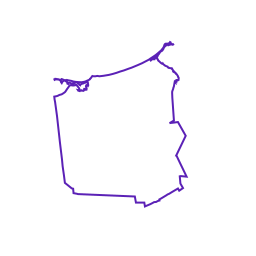 the district of Empalme, Sonora, Mexico, rotated 148°
{"feature_id": "50627088B92525339863236", "entity_name": "Empalme", "entity_type": "district", "adm_level": 2, "iso_a3": "MEX", "parent_name": "Mexico", "parent_adm1": "Sonora", "projection": "orthographic", "projection_center": [-110.763, 28.004], "detail": "fine", "context": "isolated", "style": "outline", "palette": "violet", "viewbox_px": 256, "rotation_deg": 148, "n_neighbors": 0, "source": "geoboundaries", "source_scale": "gbopen_adm2", "svg_char_len": 5438}
<svg xmlns="http://www.w3.org/2000/svg" viewBox="0 0 256 256"><g transform="rotate(148 128 128)"><path d="M173.9,193.7L175.1,191.2L176.1,188.6L181.8,175.9L193.2,152.2L200.6,136.4L202.6,132.4L203.7,130.2L207.5,121.6L210.6,114.9L207.7,106.6L206.7,105.6L208.7,101.6L206.5,99.6L205.8,98.9L205.5,98.5L158.5,66.3L160.1,62.3L160.3,61.8L160.8,60.5L153.7,56.1L155.2,52.5L153.2,52.2L149.5,51.6L147.2,51.4L145.1,51.3L143.4,50.4L141.4,50.3L139.7,49.8L139.3,50.8L137.3,50.7L130.8,50.6L129.8,50.7L127.9,50.4L125.4,50.4L120.9,50.3L117.9,50.2L117.7,50.2L117.8,47.7L113.2,47.9L113.0,53.1L109.7,59.6L108.8,59.3L104.1,55.7L103.1,64.6L102.6,69.3L101.5,78.9L101.7,79.1L83.2,90.8L82.5,106.6L86.3,108.3L89.2,109.7L90.2,110.1L85.1,110.0L74.3,130.3L71.9,134.5L71.1,135.6L68.8,137.4L68.4,137.9L67.1,138.9L64.0,142.3L63.9,142.2L63.8,141.9L63.7,142.3L63.4,142.9L62.5,143.0L62.4,143.2L62.4,142.6L62.3,142.4L62.2,142.0L61.5,143.0L60.9,142.6L61.1,142.3L60.8,142.1L60.5,142.4L59.7,142.0L58.9,143.0L58.6,143.4L58.5,143.7L58.4,143.9L58.5,144.3L58.4,144.9L58.4,145.0L58.2,145.2L58.2,145.3L58.2,147.8L58.4,148.2L58.6,148.5L58.4,148.8L58.4,149.2L58.6,149.8L58.7,150.2L58.8,150.6L59.0,150.6L58.9,151.4L59.1,152.0L59.4,152.1L59.6,152.0L59.6,151.8L59.5,151.7L59.5,151.3L59.7,151.5L59.7,151.8L59.7,152.1L59.4,152.2L59.4,152.4L59.2,153.2L59.5,154.9L59.4,155.0L59.1,155.1L59.1,155.3L59.2,155.5L59.5,155.6L59.9,155.9L60.1,156.1L60.5,156.4L60.8,156.7L61.2,157.2L61.3,157.3L61.5,157.3L61.8,157.7L62.0,158.2L62.0,158.8L61.9,159.0L62.1,159.3L63.1,160.6L63.6,161.4L63.6,161.6L63.8,161.9L63.8,162.2L64.0,162.6L64.2,163.2L64.3,163.5L64.3,164.2L64.5,164.1L64.9,164.3L65.2,164.7L65.4,165.3L65.5,165.4L65.6,165.7L65.7,166.1L65.9,166.7L66.0,167.2L66.1,167.5L66.2,168.2L66.5,168.6L66.5,169.2L66.6,169.3L66.6,169.6L66.3,170.4L66.5,170.9L66.5,171.3L66.8,172.0L66.8,172.4L66.7,172.6L67.0,172.5L67.3,172.9L67.3,173.1L67.9,173.6L68.0,173.4L68.4,172.8L68.3,172.1L68.2,171.9L68.7,172.3L68.8,172.3L68.5,172.0L68.8,172.1L70.5,173.1L71.0,173.4L71.9,173.4L72.3,173.3L72.5,173.3L72.9,173.2L73.0,174.1L72.9,174.2L72.9,174.3L72.2,174.5L72.1,174.4L71.7,174.5L71.1,174.4L70.9,174.1L70.1,174.2L69.6,174.4L69.1,174.5L68.0,174.6L67.9,174.7L67.5,174.6L66.2,174.7L65.8,174.5L65.8,174.4L65.6,174.3L65.6,174.2L65.4,174.0L65.5,173.9L65.5,174.0L65.6,173.9L65.6,173.7L65.6,173.4L65.7,173.1L65.9,173.0L65.8,172.9L65.6,172.8L64.8,173.3L64.2,173.8L63.2,174.2L62.8,174.3L60.2,175.5L59.6,175.7L59.0,175.4L57.9,175.5L56.9,175.9L55.9,176.4L55.8,176.5L55.6,176.8L55.2,177.0L53.9,177.5L53.4,177.7L52.6,177.7L50.5,178.1L50.2,178.1L49.7,177.9L49.4,177.7L49.5,177.6L49.3,177.4L49.1,177.2L48.9,177.1L48.6,176.9L48.4,176.9L48.0,176.4L48.1,176.5L48.8,176.7L49.1,176.7L49.8,176.9L49.8,177.0L50.0,177.0L50.0,177.3L50.1,177.1L49.9,176.8L48.5,176.5L48.0,176.3L47.0,176.2L46.7,176.1L46.3,175.7L46.3,175.4L46.0,175.4L45.8,174.9L45.4,174.9L45.4,175.0L45.7,175.0L45.9,175.4L46.1,175.5L46.3,176.1L46.5,176.2L46.9,176.2L47.1,176.6L47.2,177.0L47.1,177.4L46.9,177.6L46.7,177.7L46.5,178.0L46.8,178.6L47.0,178.5L47.2,178.3L47.2,178.1L47.3,178.0L49.3,178.4L49.6,178.5L51.3,179.5L51.7,179.6L52.0,179.6L52.4,179.5L52.9,179.3L54.6,177.9L55.7,177.3L58.8,176.2L63.5,175.5L65.8,175.2L68.3,175.1L72.5,175.0L74.1,174.9L81.8,175.5L86.6,176.2L93.2,177.3L95.7,177.9L101.0,179.0L104.6,180.0L108.6,180.9L112.2,181.9L115.9,183.1L121.2,185.3L124.8,187.0L126.4,188.4L128.6,189.3L129.5,190.0L130.4,190.5L130.6,190.9L131.2,190.9L131.5,190.7L133.3,189.9L134.1,189.9L134.3,189.6L134.5,189.5L135.7,189.5L137.6,189.8L138.2,189.9L139.4,190.0L141.2,190.6L143.3,191.5L145.6,193.1L148.0,194.9L149.6,196.3L151.1,198.0L153.7,200.4L154.4,201.2L155.0,201.2L155.7,201.8L156.6,202.3L157.6,203.7L158.0,204.3L158.4,204.7L158.8,204.6L159.0,204.5L159.4,204.5L159.7,204.6L160.1,204.9L160.4,205.2L160.8,205.7L161.3,206.3L161.7,206.7L162.0,206.8L162.5,207.2L163.0,207.8L163.4,207.9L163.7,208.3L164.1,208.2L164.6,208.3L164.7,207.7L163.6,207.6L162.0,206.5L161.0,205.6L160.4,204.9L161.2,205.0L160.5,204.7L160.2,204.3L160.0,203.8L159.9,203.3L160.4,202.7L160.5,202.4L160.4,201.2L159.9,201.5L159.3,202.1L158.9,202.0L158.4,202.0L157.9,202.1L157.4,202.1L157.2,202.0L156.7,201.9L156.3,201.8L156.1,201.6L156.1,201.1L156.0,200.6L155.6,200.0L155.2,198.9L155.5,198.7L155.6,198.4L155.9,197.7L155.6,197.3L155.5,197.5L155.1,197.7L154.8,197.7L153.9,197.5L153.3,197.0L152.9,196.5L152.5,195.9L151.8,195.1L151.2,195.1L151.0,194.7L150.6,194.6L149.8,194.4L148.6,194.4L148.1,194.3L147.5,194.1L146.8,193.3L147.0,193.2L146.7,192.1L146.3,191.4L146.3,190.3L146.1,190.1L145.9,189.7L145.7,189.9L144.1,190.0L143.2,189.8L142.4,189.5L141.1,189.4L138.6,188.5L137.9,188.0L139.0,185.5L139.3,185.1L139.7,184.9L139.8,185.4L139.9,185.9L140.0,186.2L140.5,186.4L140.9,186.3L141.6,185.6L141.9,184.7L142.1,183.5L142.7,182.7L142.9,182.5L143.9,183.0L143.9,183.8L144.1,184.2L144.4,184.4L144.7,184.1L145.1,183.4L145.9,183.1L146.3,183.2L146.6,183.5L146.7,183.8L147.6,184.3L147.7,184.8L148.3,184.9L148.9,184.9L149.3,184.8L149.8,185.4L149.8,185.5L150.2,185.8L150.4,186.0L150.4,186.7L150.1,186.4L149.8,186.2L149.4,186.2L148.6,186.7L148.5,187.2L148.4,187.8L148.6,189.4L148.8,190.9L148.8,191.5L149.0,191.9L149.2,192.1L149.5,192.3L149.8,192.3L150.1,192.4L150.4,192.3L152.0,193.1L152.1,193.5L152.5,193.5L153.3,194.3L153.8,194.4L154.6,195.1L155.7,194.7L157.3,194.0L159.1,193.3L161.2,192.3L162.2,191.9L162.9,191.8L164.5,191.7L166.4,191.7L168.7,192.4L170.3,192.5L171.6,192.8L173.9,193.7Z" fill="none" stroke="#5b21b6" stroke-width="2"/></g></svg>